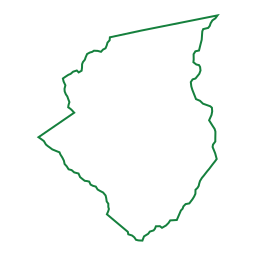 Capinzal do Norte, Maranhão, Brazil
{"feature_id": "56859067B19446581324934", "entity_name": "Capinzal do Norte", "entity_type": "district", "adm_level": 2, "iso_a3": "BRA", "parent_name": "Brazil", "parent_adm1": "Maranhão", "projection": "orthographic", "projection_center": [-44.307, -4.686], "detail": "fine", "context": "isolated", "style": "outline", "palette": "green", "viewbox_px": 256, "rotation_deg": 0, "n_neighbors": 0, "source": "geoboundaries", "source_scale": "gbopen_adm2", "svg_char_len": 1976}
<svg xmlns="http://www.w3.org/2000/svg" viewBox="0 0 256 256"><path d="M128.3,234.3L132.1,235.5L134.3,237.3L136.0,239.8L138.4,240.4L142.4,240.6L143.2,238.5L144.0,236.4L146.4,234.9L148.2,233.8L149.8,231.6L153.6,230.4L154.9,228.8L155.9,226.3L159.9,226.2L162.0,227.8L166.0,225.5L168.5,223.0L170.2,220.4L176.8,220.0L180.9,210.5L182.6,208.7L183.4,206.4L185.6,204.1L189.3,203.4L192.5,199.2L194.1,196.6L195.4,193.8L195.5,189.8L197.5,187.9L198.7,185.9L199.2,183.6L200.0,181.0L201.9,177.9L203.9,175.5L205.2,173.8L207.4,171.0L209.1,169.0L212.5,164.5L215.1,161.2L216.7,159.0L215.2,153.4L212.6,147.0L213.0,144.6L215.3,141.5L215.3,138.6L215.4,133.9L215.4,131.5L214.6,128.9L212.7,126.0L209.1,120.3L210.0,118.3L211.5,115.0L212.2,111.3L211.9,107.7L210.3,106.3L206.4,104.9L203.0,103.7L200.0,100.8L196.0,99.1L192.3,89.7L191.3,86.4L190.8,82.1L192.6,79.4L195.5,78.5L199.3,73.8L200.5,70.5L200.1,67.0L199.0,65.1L196.3,64.5L193.4,62.2L193.7,59.4L193.6,54.2L195.4,51.3L199.0,50.5L199.5,48.5L200.5,44.4L201.7,39.8L202.3,31.3L203.2,29.1L208.2,27.9L209.8,25.8L210.6,23.3L212.4,20.4L215.4,18.3L217.5,15.4L141.1,30.6L109.9,37.3L109.6,40.3L107.5,42.6L106.7,45.5L105.5,48.3L103.0,49.6L101.0,51.8L97.7,50.9L94.0,50.7L92.1,51.9L89.9,52.5L87.1,54.0L85.6,57.4L84.9,59.6L82.9,62.1L82.1,64.2L82.0,67.8L81.6,70.7L78.7,72.4L76.8,70.5L73.1,71.7L70.6,73.9L68.4,74.8L65.2,76.9L62.9,78.5L63.6,81.5L65.4,85.3L64.5,88.8L64.7,91.5L65.9,94.4L67.3,96.4L68.4,99.5L69.4,102.1L68.5,105.1L68.2,107.3L70.4,108.8L71.9,110.2L74.2,112.7L38.5,137.2L41.9,139.6L43.9,141.1L45.9,144.5L47.8,146.1L49.5,147.3L52.3,149.4L57.4,151.5L59.5,152.3L60.4,154.5L62.4,157.7L63.9,160.7L64.6,164.0L66.7,166.3L68.6,169.3L71.6,170.1L74.2,172.4L78.5,173.5L80.1,177.1L82.3,178.9L84.7,180.8L87.1,181.1L89.2,181.6L90.6,184.6L92.9,185.8L95.8,186.6L97.6,189.5L99.8,190.8L103.1,192.5L105.6,195.5L106.2,198.0L106.7,201.5L108.3,203.7L108.3,207.0L108.9,209.0L108.2,211.3L106.9,214.3L127.8,231.8L128.3,234.3Z" fill="none" stroke="#15803d" stroke-width="2"/></svg>